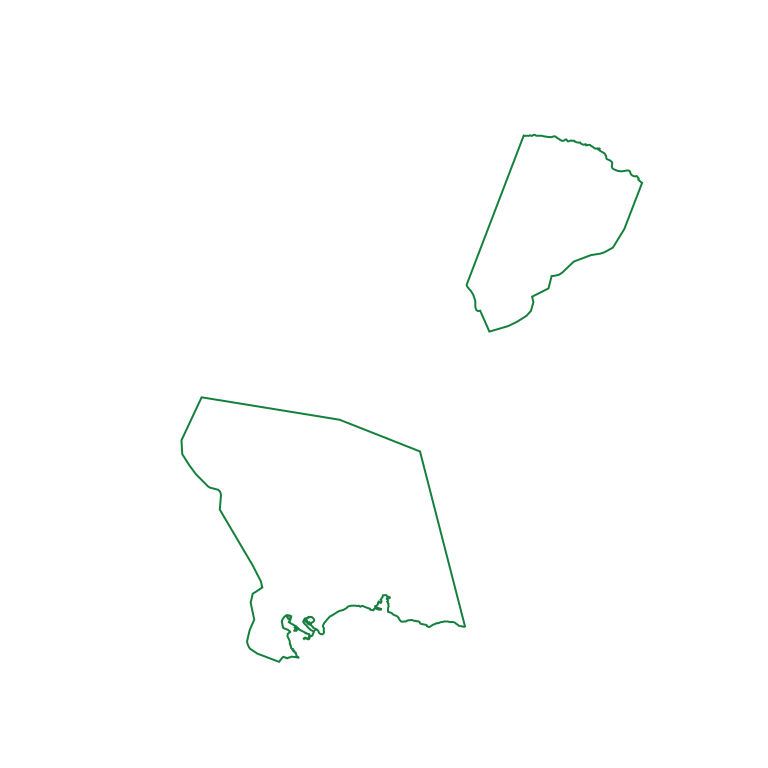 Hafnarfjarðarbær, Reykjavík, Iceland, rotated 201°
{"feature_id": "244011B99927833063684", "entity_name": "Hafnarfjarðarbær", "entity_type": "district", "adm_level": 2, "iso_a3": "ISL", "parent_name": "Iceland", "parent_adm1": "Reykjavík", "projection": "orthographic", "projection_center": [-22.014, 63.956], "detail": "fine", "context": "isolated", "style": "outline", "palette": "green", "viewbox_px": 768, "rotation_deg": 201, "n_neighbors": 0, "source": "geoboundaries", "source_scale": "gbopen_adm2", "svg_char_len": 6048}
<svg xmlns="http://www.w3.org/2000/svg" viewBox="0 0 768 768"><g transform="rotate(201 384 384)"><path d="M365.9,97.9L366.1,98.3L366.7,98.3L367.2,98.5L367.6,98.4L368.1,98.7L368.5,99.1L368.7,99.5L370.2,101.5L370.5,101.5L370.7,101.3L372.1,102.2L372.1,102.6L372.3,102.7L372.4,102.3L372.9,102.6L373.0,102.3L374.7,103.5L374.6,103.8L375.0,103.7L375.9,104.1L377.5,106.6L377.8,106.5L378.9,108.3L379.0,108.2L379.9,110.2L381.6,112.0L382.8,112.9L383.4,113.6L383.8,114.2L384.3,116.4L382.7,118.8L382.7,119.0L382.9,119.3L382.5,119.9L383.1,119.2L385.6,120.1L390.2,120.1L391.2,120.5L391.4,121.4L391.8,121.7L392.9,123.4L392.9,123.6L393.1,123.8L394.3,125.5L394.2,126.1L394.5,126.6L394.2,128.7L393.8,130.1L393.0,132.1L392.0,132.4L391.4,131.9L391.1,131.9L392.1,133.1L391.4,133.6L389.8,133.4L389.7,134.0L389.4,134.1L387.4,133.9L387.5,132.8L387.1,132.6L387.1,132.1L387.1,131.9L387.0,131.4L387.0,130.9L389.7,131.1L389.7,130.7L387.0,130.3L387.0,128.1L387.2,127.8L387.5,127.9L387.5,127.5L378.7,126.2L378.5,125.9L378.6,125.1L378.7,124.8L380.2,125.0L380.2,124.8L378.6,124.5L378.7,123.3L378.9,122.8L379.1,122.9L379.3,121.6L379.0,121.6L378.9,122.6L378.7,122.8L378.0,122.2L377.4,122.2L377.3,122.4L377.1,124.6L377.0,125.1L376.8,125.3L375.7,124.8L375.7,124.4L367.4,123.6L367.5,123.2L364.2,123.6L363.8,123.2L363.6,121.4L363.2,121.1L363.2,119.8L363.3,119.2L363.5,119.0L366.6,119.0L367.2,118.6L367.7,117.6L367.2,117.3L366.8,118.2L366.4,118.5L363.5,118.5L362.9,118.6L362.5,119.1L362.5,122.0L362.4,122.3L361.1,122.9L360.8,123.3L360.7,127.1L360.6,127.4L360.6,127.6L361.0,127.8L364.4,128.1L368.1,129.7L369.6,130.6L372.6,131.8L374.0,132.9L374.3,133.4L374.3,133.8L373.9,136.7L370.8,138.6L370.7,139.1L371.0,139.5L370.7,139.7L368.0,140.5L366.9,140.3L365.3,139.4L364.6,138.6L364.4,138.2L364.6,137.2L364.9,136.6L366.1,135.1L366.2,134.0L366.4,133.6L367.5,133.7L368.0,134.0L368.2,134.8L368.5,134.9L368.8,134.7L368.9,133.9L369.1,133.9L370.5,134.6L371.2,135.6L371.7,136.0L372.6,136.1L372.9,135.7L372.8,135.2L372.5,134.6L372.1,134.2L370.0,133.5L368.5,132.7L366.0,132.8L363.4,131.7L362.5,131.0L361.6,130.7L360.9,130.9L359.3,130.8L359.6,130.1L358.7,130.7L357.8,130.4L356.9,130.0L355.4,128.4L354.8,128.1L353.3,127.8L351.8,128.3L351.5,128.6L351.1,129.5L351.0,130.8L351.9,132.0L352.2,133.5L352.6,134.5L353.9,135.5L354.3,136.1L354.4,136.6L354.4,137.4L354.1,139.8L353.6,140.6L353.2,142.3L352.5,144.3L352.0,145.4L351.3,147.4L348.9,150.2L345.6,154.7L344.1,156.3L341.2,158.3L340.5,159.1L338.7,161.4L338.3,162.4L337.7,163.5L334.9,165.4L331.5,166.7L329.0,167.3L328.3,167.9L327.7,168.0L326.3,167.6L325.0,169.0L324.6,169.1L319.0,169.0L316.6,169.2L316.3,168.5L316.0,168.4L313.3,168.8L312.8,169.0L312.7,169.5L312.7,170.3L312.6,170.6L312.0,171.3L307.4,171.6L306.0,172.4L306.2,173.0L311.2,172.5L311.3,172.8L312.3,172.8L312.6,173.0L312.7,173.3L312.6,173.5L311.5,174.2L310.8,176.0L310.8,176.5L311.0,176.7L311.2,178.1L311.0,179.0L310.7,179.1L309.1,178.3L308.6,178.5L308.4,179.0L308.3,179.4L308.4,179.8L308.9,180.9L309.8,181.4L309.1,184.2L309.0,185.0L309.3,186.1L309.2,186.4L306.7,187.5L306.1,187.6L304.6,186.6L303.6,187.0L302.1,186.9L302.0,186.6L303.0,186.3L303.6,186.6L303.7,186.4L303.7,186.2L303.2,185.6L304.2,185.3L304.4,185.0L304.4,184.3L303.4,184.1L303.1,183.8L302.6,183.0L302.5,182.8L303.0,182.0L302.0,181.3L301.7,180.5L301.0,180.3L300.9,179.6L300.1,178.2L299.9,177.7L300.0,176.5L299.8,175.8L299.5,175.1L298.9,173.3L298.6,172.8L295.0,172.9L294.2,172.7L293.4,172.2L291.7,171.9L289.4,172.0L288.0,171.6L286.7,171.0L284.9,169.4L282.7,168.4L280.6,169.1L280.0,169.6L278.9,170.0L278.4,170.3L277.0,172.0L275.2,172.7L274.3,173.3L273.3,173.7L272.6,173.6L270.6,173.8L269.7,174.2L267.9,174.3L266.9,174.7L266.2,174.7L265.5,174.5L264.3,173.4L263.6,173.3L258.3,174.2L257.5,174.0L257.1,173.3L256.8,173.2L254.9,173.3L254.1,173.9L252.2,176.5L251.9,177.0L250.4,178.1L249.5,179.4L248.5,179.7L247.1,180.5L246.6,181.2L245.4,182.2L244.0,182.8L242.4,184.1L240.1,184.8L239.4,185.2L238.3,185.2L236.4,185.6L234.6,186.5L231.9,186.6L230.7,186.0L228.7,185.7L227.7,185.1L225.4,185.4L224.0,185.8L222.6,185.9L222.1,186.1L221.5,186.7L326.2,333.9L412.7,334.7L549.5,306.2L552.9,258.9L547.2,246.2L536.6,238.3L527.1,232.3L511.3,225.2L509.1,224.9L501.1,225.8L499.0,225.1L497.6,223.8L496.3,221.7L492.3,207.9L441.6,167.6L428.1,155.5L424.7,150.4L431.4,141.1L430.1,132.0L420.7,117.5L421.2,106.1L419.7,94.9L418.4,92.6L415.7,89.8L414.0,88.8L405.6,86.9L382.4,87.0L380.9,92.0L380.1,93.3L376.8,93.2L376.8,93.4L375.8,93.4L374.8,94.6L373.9,95.0L372.5,96.4L365.9,97.9ZM342.6,666.0L342.4,506.4L342.0,505.5L341.1,504.7L335.8,501.7L332.7,499.3L330.3,496.5L328.3,493.9L327.4,491.2L325.9,487.9L324.1,486.1L322.3,485.8L320.5,486.9L304.4,470.7L288.8,482.6L282.0,489.9L275.5,498.6L273.0,504.9L273.8,513.8L277.0,518.6L264.7,532.2L266.2,544.8L263.5,546.2L259.8,548.7L257.5,551.9L250.7,566.3L237.0,578.5L228.6,583.3L225.4,586.0L219.2,593.4L215.2,614.7L215.1,664.3L215.9,664.4L219.7,665.8L219.9,666.3L219.7,666.9L221.9,668.4L222.7,668.6L223.8,667.9L225.4,667.5L227.3,667.7L228.7,668.4L229.3,668.9L230.2,670.2L231.3,670.9L231.9,671.0L234.1,670.2L235.9,669.0L238.6,667.6L242.0,666.7L246.6,666.8L247.8,667.2L248.4,667.6L249.1,668.4L249.4,668.9L249.6,669.8L249.7,671.2L250.5,672.5L250.9,672.9L252.9,673.7L256.8,673.9L257.2,674.3L258.6,676.7L259.4,677.1L260.1,677.9L261.1,678.4L266.2,679.2L266.9,680.1L266.9,680.9L267.3,681.1L267.6,680.9L267.9,679.7L268.3,679.7L269.0,680.5L270.6,679.6L271.5,679.5L272.6,679.7L274.3,680.3L276.0,680.4L276.8,680.9L277.6,681.0L279.2,680.3L280.5,679.3L280.8,679.2L281.4,680.1L282.1,679.9L283.2,679.0L283.5,678.9L285.8,678.9L287.1,679.3L287.4,679.7L288.8,679.1L290.7,678.7L292.9,678.7L293.3,679.2L293.8,679.2L294.8,678.9L295.4,678.4L296.7,678.4L298.9,676.5L299.6,676.4L300.8,677.3L301.7,677.6L302.0,677.4L303.6,675.4L304.6,674.9L306.6,674.9L307.9,675.4L309.6,675.5L312.8,676.5L313.8,676.2L314.6,675.8L316.0,674.5L319.0,673.5L324.1,672.4L325.7,672.3L330.9,670.3L332.6,670.7L333.1,670.5L334.2,669.5L334.4,669.0L335.2,668.5L336.9,668.5L337.2,668.0L337.7,667.6L339.1,667.2L341.6,666.0L342.6,666.0Z" fill="none" stroke="#15803d" stroke-width="2"/></g></svg>